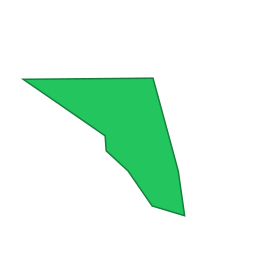 map outline of Plaisance (Robinson projection), rotated 141°
{"feature_id": "SYC-5216", "entity_name": "Plaisance", "entity_type": "state/province", "adm_level": 1, "iso_a3": "SYC", "parent_name": "Seychelles", "parent_adm1": "", "projection": "robinson", "projection_center": [55.472, -4.654], "detail": "fine", "context": "isolated", "style": "filled", "palette": "green", "viewbox_px": 256, "rotation_deg": 141, "n_neighbors": 0, "source": "natural_earth", "source_scale": "10m", "svg_char_len": 296}
<svg xmlns="http://www.w3.org/2000/svg" viewBox="0 0 256 256"><g transform="rotate(141 128 128)"><path d="M139.2,24.2L158.3,52.2L155.0,94.6L159.3,124.0L150.7,136.3L167.3,192.9L178.8,231.8L77.2,151.0L103.1,92.2L116.1,62.8L139.2,24.2Z" fill="#22c55e" stroke="#15803d" stroke-width="1.5"/></g></svg>